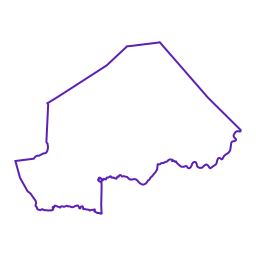 the district of Sonaguera, Colón, Honduras
{"feature_id": "27666195B31402086681403", "entity_name": "Sonaguera", "entity_type": "district", "adm_level": 2, "iso_a3": "HND", "parent_name": "Honduras", "parent_adm1": "Colón", "projection": "natural_earth1", "projection_center": [-86.252, 15.631], "detail": "fine", "context": "isolated", "style": "outline", "palette": "violet", "viewbox_px": 256, "rotation_deg": 0, "n_neighbors": 0, "source": "geoboundaries", "source_scale": "gbopen_adm2", "svg_char_len": 5674}
<svg xmlns="http://www.w3.org/2000/svg" viewBox="0 0 256 256"><path d="M20.0,177.8L27.6,191.3L29.0,192.3L29.6,192.8L30.1,193.3L30.9,193.9L31.1,194.4L31.5,194.9L31.8,195.5L32.7,196.7L33.1,197.3L33.4,197.7L34.2,198.9L35.1,200.0L35.4,200.4L35.6,200.8L35.8,201.7L36.0,202.4L36.1,203.0L36.0,203.5L35.6,205.2L35.6,205.5L35.6,205.8L35.7,206.1L35.9,206.4L36.2,206.7L36.7,207.1L36.9,207.4L37.0,207.6L37.1,208.3L37.2,208.8L37.4,209.2L37.8,209.4L39.6,210.0L40.5,210.1L41.5,209.4L42.0,209.3L42.3,209.2L42.8,209.4L43.6,210.0L44.0,210.1L45.1,210.1L45.4,210.2L45.6,210.3L46.7,210.2L47.5,210.4L48.1,210.5L50.2,210.3L50.6,210.4L50.9,210.5L51.2,210.5L51.4,210.4L51.7,210.2L52.4,210.0L53.0,209.7L53.1,209.3L53.0,208.8L52.8,208.3L52.7,207.4L52.7,207.1L52.9,207.0L53.1,207.0L53.3,207.3L53.7,207.4L53.9,207.3L54.1,207.3L54.2,207.1L54.2,206.9L54.3,206.3L54.5,205.9L54.9,205.6L55.4,205.7L56.6,206.2L59.3,207.1L60.0,207.5L60.3,207.5L60.6,207.0L60.9,206.6L61.3,206.4L61.6,206.3L62.5,206.3L63.4,206.7L63.9,206.8L64.9,206.5L66.2,205.9L66.6,205.8L66.8,205.8L67.2,205.9L67.7,206.3L68.0,206.4L68.3,206.4L69.1,206.2L69.5,206.3L69.9,206.4L70.8,206.9L71.9,207.2L72.2,207.2L73.1,207.1L75.3,206.0L75.8,205.9L76.7,205.6L77.5,205.5L77.8,205.6L78.1,205.7L78.5,206.3L78.8,206.7L79.0,207.3L79.2,207.9L79.4,208.2L79.7,208.4L80.0,208.4L80.4,208.2L80.6,207.3L80.8,207.0L80.9,206.8L81.7,206.4L82.1,206.3L82.4,206.3L82.7,206.6L82.9,207.0L83.0,207.4L83.1,208.0L83.2,208.9L83.3,209.1L83.6,209.2L84.5,209.0L84.9,209.1L85.6,209.2L86.2,209.4L86.6,209.5L87.9,209.6L88.5,209.6L88.8,209.8L89.3,210.1L89.5,210.5L90.0,210.4L90.6,210.1L91.5,209.9L93.7,209.8L94.3,209.4L94.5,209.4L94.8,209.6L94.9,209.9L94.9,210.3L94.5,211.2L94.5,211.4L94.8,211.6L97.2,212.9L97.7,213.0L98.8,213.0L99.1,213.0L100.0,213.3L100.7,213.7L101.2,213.7L101.6,213.5L101.2,205.4L101.6,187.5L101.5,181.8L100.4,181.8L99.9,181.6L98.7,180.9L98.3,180.2L98.1,179.9L98.1,179.5L98.3,179.2L98.6,178.9L98.8,178.8L99.1,178.8L99.3,178.6L99.3,178.4L99.1,178.2L99.1,177.8L99.2,177.7L99.6,177.7L100.1,177.8L100.7,178.3L101.4,178.8L101.5,179.0L101.6,179.8L101.7,180.3L101.9,180.6L102.1,180.7L102.3,180.6L102.3,180.2L102.5,179.9L103.1,179.9L103.3,179.8L103.3,179.2L103.5,179.0L103.7,178.9L104.2,179.0L104.7,179.1L105.7,179.4L105.9,179.4L106.0,179.2L106.2,178.6L106.4,178.2L106.5,177.9L106.7,177.7L107.0,177.6L107.4,177.5L107.7,177.5L108.0,177.6L109.6,176.8L109.8,176.7L110.1,176.4L110.3,176.3L110.6,176.4L110.9,176.5L111.3,177.4L111.5,177.6L112.0,177.7L112.6,177.4L113.1,177.6L113.4,177.6L114.0,177.8L114.0,178.0L115.2,178.4L115.6,178.4L116.1,178.6L116.5,178.6L116.7,178.4L116.7,177.9L116.8,177.6L117.6,176.6L117.8,176.6L118.0,176.8L118.4,176.8L118.7,176.6L119.0,175.8L119.3,175.4L119.6,175.2L120.0,175.1L120.6,175.1L120.8,175.2L121.8,176.3L122.0,176.5L122.9,176.4L123.8,176.1L124.5,176.4L125.4,176.6L126.2,176.9L126.7,176.9L127.1,177.0L127.9,177.7L128.3,178.3L128.7,178.6L129.2,179.0L129.6,179.1L129.9,179.4L130.2,179.6L131.2,179.6L134.1,179.1L134.8,179.2L135.6,179.3L135.9,179.4L136.5,179.8L137.7,180.9L138.9,182.3L140.2,183.4L142.2,184.5L143.0,184.6L143.6,184.5L144.3,184.3L145.1,183.9L145.6,183.6L146.3,182.9L146.7,182.7L147.8,180.7L149.0,179.9L149.5,179.4L149.7,179.1L150.1,178.3L150.5,177.7L151.3,176.8L152.1,176.3L152.6,175.7L154.1,173.7L154.6,173.3L155.5,172.1L156.4,170.6L156.9,169.9L157.1,169.3L157.4,167.2L157.6,164.5L157.7,164.3L157.8,164.3L158.1,164.2L159.8,164.4L160.1,164.2L160.7,163.5L161.6,163.1L162.3,163.0L163.0,163.1L163.4,163.0L165.4,161.9L166.3,161.8L167.2,161.4L167.6,161.1L168.3,160.1L168.6,159.9L169.5,159.6L170.5,159.4L171.0,159.5L171.3,159.5L172.1,159.9L172.5,159.9L172.7,160.0L172.8,160.2L172.8,160.4L172.8,160.6L172.6,160.8L172.5,161.0L173.6,160.9L173.8,160.9L174.0,161.1L174.6,161.1L174.9,161.7L175.1,161.8L175.5,161.7L175.8,161.5L176.1,161.5L176.4,162.3L177.0,162.9L177.2,163.3L177.4,163.5L178.0,164.1L178.6,164.5L179.6,165.5L180.5,166.2L181.0,166.5L181.5,166.7L183.6,166.8L183.8,166.8L184.9,166.3L185.3,166.2L185.8,166.1L186.4,166.2L186.7,166.3L187.0,166.5L187.5,167.4L188.1,168.0L188.5,168.2L188.9,168.2L189.3,168.2L190.3,167.6L190.9,166.8L191.4,165.9L191.7,165.2L192.0,164.3L192.7,162.9L193.1,162.6L194.2,162.0L194.7,162.0L195.2,162.0L195.5,162.2L195.9,162.5L196.1,162.8L196.5,163.6L196.7,164.4L197.0,165.6L197.3,166.3L197.4,166.7L198.0,167.1L199.3,167.7L199.8,167.9L200.4,167.9L201.3,167.9L201.8,167.8L203.1,166.8L203.4,166.4L204.8,165.2L205.8,164.7L206.4,164.5L206.7,164.6L207.2,164.9L207.6,165.2L208.1,165.7L208.7,166.4L209.4,167.7L210.0,168.1L210.3,168.1L210.6,168.1L211.2,167.7L213.1,166.3L215.0,165.0L215.7,164.5L216.1,164.1L216.3,163.8L216.8,162.4L217.0,160.9L217.8,159.0L218.0,158.6L218.3,158.3L218.6,158.1L219.0,158.0L219.3,157.9L219.6,158.0L220.3,158.3L221.5,159.2L221.8,159.3L222.1,159.2L222.4,159.0L222.6,158.6L223.4,157.1L223.7,156.5L224.3,155.7L224.8,155.3L225.7,154.6L228.5,152.7L229.1,152.0L229.5,151.5L229.8,151.0L230.1,150.4L230.3,149.8L231.0,144.7L231.2,143.7L231.3,142.8L231.5,142.4L231.9,141.9L232.5,141.5L234.8,140.9L235.2,140.7L235.7,140.4L235.9,140.0L236.0,139.5L235.9,139.1L235.4,138.6L234.2,137.3L233.8,136.7L233.7,136.2L233.6,135.6L233.6,135.3L233.7,135.0L234.9,132.9L236.3,131.4L236.9,131.3L237.8,131.2L238.3,131.2L239.7,131.5L240.1,131.5L240.4,131.3L240.5,131.1L240.6,130.5L240.6,130.0L207.9,97.6L159.8,42.3L159.7,42.4L129.6,46.1L127.2,46.2L106.8,65.3L56.7,97.6L47.4,103.2L47.6,103.6L47.9,104.0L48.2,104.6L48.2,105.1L48.1,106.1L46.4,141.7L46.6,142.6L47.0,143.1L47.5,143.6L47.6,144.3L48.0,147.1L47.9,148.1L47.4,150.6L46.7,151.9L46.2,152.7L45.4,153.1L44.5,153.3L43.0,153.6L38.8,155.8L38.1,155.8L37.3,155.7L36.5,155.9L34.9,157.2L33.8,158.7L15.4,161.0L20.0,177.8Z" fill="none" stroke="#5b21b6" stroke-width="2"/></svg>